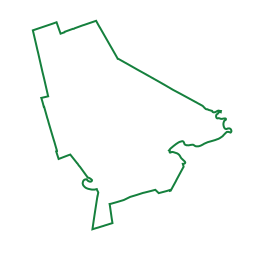 outline of Ramnicelu, Braila, Romania, rotated 185°
{"feature_id": "2599482B58935779771922", "entity_name": "Ramnicelu", "entity_type": "district", "adm_level": 2, "iso_a3": "ROU", "parent_name": "Romania", "parent_adm1": "Braila", "projection": "mercator", "projection_center": [27.499, 45.287], "detail": "fine", "context": "isolated", "style": "outline", "palette": "green", "viewbox_px": 256, "rotation_deg": 185, "n_neighbors": 0, "source": "geoboundaries", "source_scale": "gbopen_adm2", "svg_char_len": 3904}
<svg xmlns="http://www.w3.org/2000/svg" viewBox="0 0 256 256"><g transform="rotate(185 128 128)"><path d="M224.3,195.7L218.2,176.7L215.9,169.9L210.3,152.6L217.0,150.4L216.9,150.2L215.2,145.9L213.7,141.7L213.4,141.8L209.7,132.0L209.7,131.9L208.4,128.8L207.5,126.3L202.9,114.6L200.5,108.6L200.3,108.2L198.5,103.5L196.7,98.9L196.7,98.7L197.5,98.4L194.4,91.1L185.6,95.4L183.2,96.5L176.0,88.9L175.7,88.5L175.4,88.4L174.3,87.1L173.9,86.5L172.5,85.2L171.1,83.6L165.6,77.2L164.0,75.5L164.0,75.1L162.9,75.0L162.2,74.8L161.5,74.5L160.8,74.1L159.9,73.5L159.3,72.9L159.4,72.2L159.7,71.8L160.2,71.4L161.1,71.2L162.1,71.4L163.0,71.7L163.5,72.1L164.1,72.7L165.0,73.1L165.9,73.1L166.5,72.9L167.5,72.1L168.0,71.2L168.3,69.8L168.3,68.6L167.7,67.2L167.5,66.9L167.3,66.7L166.6,66.0L165.9,65.4L165.0,64.8L163.4,64.2L162.1,63.9L159.7,63.6L158.5,63.5L156.0,63.7L153.8,64.4L153.6,63.8L152.1,61.4L152.0,61.1L152.4,57.3L152.5,57.3L152.7,54.6L153.7,39.5L154.2,31.2L154.6,24.0L152.5,24.9L151.0,25.5L149.1,26.2L147.4,26.9L145.5,27.7L143.9,28.3L143.1,28.7L139.6,30.1L138.2,30.7L136.2,31.5L135.2,31.9L135.3,32.4L136.3,36.3L139.2,48.8L139.7,50.7L138.9,50.9L138.2,51.1L136.1,51.9L132.4,53.3L125.9,55.9L119.9,59.5L119.7,59.6L113.4,62.1L107.0,64.8L106.8,64.8L100.4,67.0L100.1,67.1L95.7,68.7L95.4,68.8L91.7,65.8L84.2,68.5L81.0,69.8L80.8,69.0L80.0,69.3L77.6,74.8L75.8,78.9L75.4,79.9L75.4,80.0L71.4,89.3L69.4,93.9L69.2,94.2L70.3,97.1L69.8,97.2L69.4,97.2L69.1,97.3L68.8,97.4L68.6,97.5L68.3,97.8L68.1,98.1L68.0,98.3L68.0,98.7L68.2,99.0L68.3,99.3L68.7,99.7L69.2,100.1L69.7,100.5L70.1,100.8L70.6,101.2L71.2,101.7L71.6,102.0L72.1,102.4L72.5,102.8L72.9,103.3L73.3,103.9L73.6,104.4L74.1,105.0L74.5,105.5L74.9,105.9L75.3,106.1L75.8,106.5L76.2,106.7L76.6,106.9L77.1,107.1L77.7,107.2L78.3,107.4L79.0,107.5L79.7,107.7L80.2,107.8L80.6,107.9L81.7,108.0L82.6,107.8L83.2,107.4L83.7,107.2L84.1,107.2L84.3,107.4L84.5,108.0L84.4,108.8L85.2,109.2L84.9,109.6L84.7,109.9L84.6,110.2L84.3,110.6L84.0,111.0L83.7,111.4L83.2,111.9L82.8,112.3L81.0,114.1L78.6,116.3L76.7,117.8L75.5,118.6L73.9,119.2L73.2,119.5L72.4,119.6L71.7,119.3L71.4,119.0L71.2,118.7L70.9,118.2L70.6,117.5L70.1,116.6L69.2,116.2L68.1,115.9L67.0,116.0L66.2,116.0L65.4,116.2L64.5,116.5L63.7,116.7L62.6,116.9L62.0,117.0L61.3,116.9L60.8,116.6L60.1,116.2L59.5,115.9L58.8,115.7L57.9,115.7L56.8,115.8L55.9,116.0L55.1,116.3L54.0,116.8L52.2,117.9L50.7,119.0L47.4,120.8L43.7,122.2L40.1,123.6L38.7,124.3L36.9,125.1L35.3,126.2L34.2,127.1L33.0,128.1L32.3,129.1L30.5,131.3L29.3,132.6L28.8,132.8L28.1,132.8L27.5,132.9L26.7,132.7L25.4,132.4L25.1,132.7L24.8,133.3L24.7,134.0L24.9,134.5L25.1,135.1L25.6,135.8L26.2,136.2L26.8,136.4L27.5,136.4L28.4,136.2L28.9,136.1L29.4,135.7L30.1,135.5L30.6,135.6L31.1,135.7L31.6,136.1L32.2,136.8L32.7,137.8L33.0,138.7L33.2,139.5L33.3,140.3L33.3,141.3L33.1,142.2L32.9,143.1L32.6,143.6L32.2,144.0L31.6,144.4L31.3,144.8L31.2,145.4L31.4,145.8L31.9,146.0L32.8,145.9L34.2,145.6L35.0,145.3L35.9,145.2L36.7,145.3L37.7,145.6L38.6,145.7L39.4,145.4L40.3,145.5L40.9,146.1L41.2,146.9L41.3,147.8L41.0,149.1L40.3,149.7L40.0,150.0L39.7,150.2L39.4,150.8L38.9,151.5L37.9,151.9L37.5,151.9L37.0,151.8L37.0,152.4L36.9,153.0L37.4,153.0L38.5,153.1L39.5,153.2L40.6,152.7L41.2,152.2L42.0,151.7L42.7,151.3L43.8,151.1L44.4,151.1L45.1,151.4L45.5,151.9L45.6,152.3L45.8,152.4L46.4,152.5L47.2,152.6L47.8,152.8L48.4,152.9L48.8,152.9L49.3,153.1L50.3,153.5L50.4,153.4L51.0,153.5L51.4,153.5L51.8,153.6L52.2,153.7L52.7,154.1L53.4,154.6L53.8,155.0L55.5,156.5L69.4,162.6L77.9,166.3L86.4,169.9L94.4,173.7L111.5,181.5L124.0,187.1L127.7,188.8L143.6,196.0L144.3,196.0L144.6,196.6L151.1,206.0L152.8,208.4L163.7,224.1L164.7,225.6L164.8,225.6L167.0,228.8L169.1,232.0L180.6,226.9L182.1,226.3L190.0,222.6L190.2,222.4L190.6,222.1L191.1,222.0L191.5,222.0L199.5,218.3L199.6,217.8L203.4,216.1L203.9,217.2L208.4,227.1L212.1,225.4L231.3,217.0L227.0,203.9L225.0,197.7L224.3,195.7Z" fill="none" stroke="#15803d" stroke-width="2"/></g></svg>